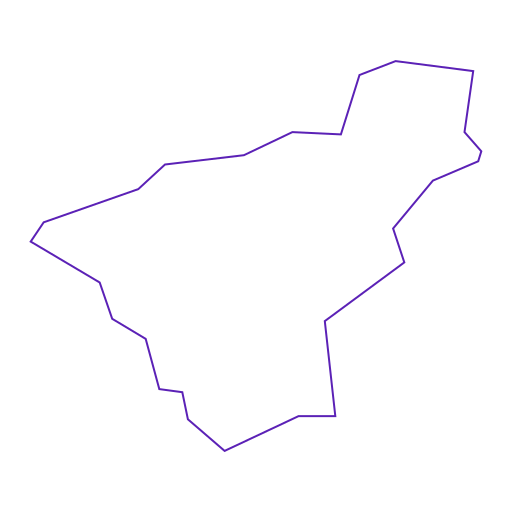 outline of Castlereagh
{"feature_id": "GBR-2103", "entity_name": "Castlereagh", "entity_type": "District", "adm_level": 1, "iso_a3": "GBR", "parent_name": "United Kingdom", "parent_adm1": "", "projection": "equal_earth", "projection_center": [-5.844, 54.549], "detail": "fine", "context": "isolated", "style": "outline", "palette": "violet", "viewbox_px": 512, "rotation_deg": 0, "n_neighbors": 0, "source": "natural_earth", "source_scale": "10m", "svg_char_len": 445}
<svg xmlns="http://www.w3.org/2000/svg" viewBox="0 0 512 512"><path d="M335.3,416.1L298.6,416.1L224.6,450.9L187.9,419.3L182.3,392.2L159.3,389.1L145.7,338.9L112.2,318.8L99.7,282.5L30.7,241.6L43.7,222.3L138.3,189.1L165.0,164.5L243.9,155.2L292.4,132.1L340.9,134.4L359.5,75.0L395.6,61.1L473.2,71.1L464.5,132.1L481.3,151.3L478.2,161.3L432.9,180.6L393.1,228.5L404.3,262.4L324.8,321.1L335.3,416.1Z" fill="none" stroke="#5b21b6" stroke-width="2"/></svg>